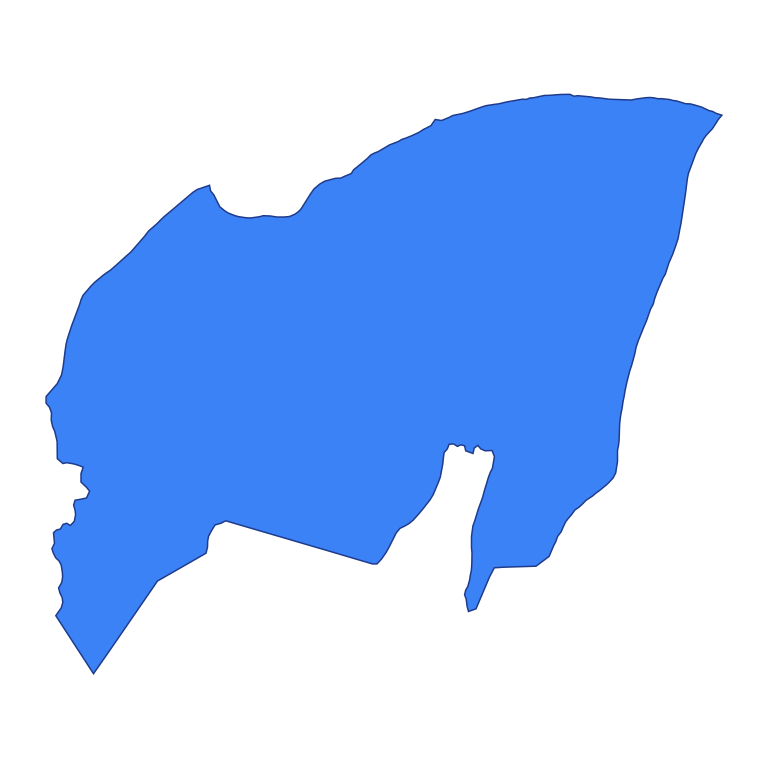 the district of Limoeiro do Ajuru, Pará, Brazil
{"feature_id": "56859067B66751862991607", "entity_name": "Limoeiro do Ajuru", "entity_type": "district", "adm_level": 2, "iso_a3": "BRA", "parent_name": "Brazil", "parent_adm1": "Pará", "projection": "equal_earth", "projection_center": [-49.456, -1.886], "detail": "fine", "context": "isolated", "style": "filled", "palette": "blue", "viewbox_px": 768, "rotation_deg": 0, "n_neighbors": 0, "source": "geoboundaries", "source_scale": "gbopen_adm2", "svg_char_len": 3615}
<svg xmlns="http://www.w3.org/2000/svg" viewBox="0 0 768 768"><path d="M549.1,556.4L553.6,545.8L555.7,541.8L557.6,536.4L561.2,531.7L563.4,526.5L565.7,521.7L568.2,518.5L571.4,514.8L575.0,509.9L579.1,507.1L582.6,503.9L585.9,500.4L592.7,495.9L595.8,493.2L599.3,490.7L606.6,484.7L609.4,482.0L613.2,477.8L615.7,472.9L617.5,461.3L617.5,450.5L618.5,445.4L619.1,440.4L619.6,425.0L620.1,419.5L620.9,413.9L622.0,408.7L623.1,401.2L624.1,396.5L625.2,390.0L626.9,382.1L629.9,370.4L631.5,365.8L634.7,354.1L636.2,346.9L638.5,340.2L644.2,326.1L646.3,321.3L650.5,309.2L653.3,304.0L654.6,298.8L656.9,292.4L663.0,278.0L665.3,274.2L668.9,262.9L672.6,254.5L676.1,244.7L678.1,238.5L679.8,229.2L681.0,223.4L684.0,203.6L685.3,195.0L687.3,179.0L688.4,173.5L695.8,153.5L698.8,147.5L701.7,142.6L703.7,138.8L706.3,135.2L712.4,128.7L718.3,119.5L721.9,115.2L716.0,113.3L712.5,111.4L709.0,110.6L701.7,107.1L694.2,104.9L690.3,103.9L685.5,103.7L676.5,100.9L673.1,100.5L669.5,99.5L661.7,98.7L657.9,98.7L653.6,97.8L650.0,97.5L645.9,97.7L636.9,98.9L631.0,100.0L609.1,99.2L600.3,98.0L595.1,97.7L590.9,96.9L577.8,95.7L574.0,96.2L569.7,94.3L560.2,94.5L548.3,95.4L544.7,95.4L533.2,97.8L529.8,98.0L526.3,99.4L522.4,99.2L506.9,101.9L498.9,103.8L494.2,104.4L485.9,105.7L480.6,107.4L469.4,111.4L462.6,113.5L452.8,115.5L448.9,117.5L441.6,120.5L435.2,119.5L430.9,125.7L423.0,129.7L419.3,132.2L412.0,135.6L405.3,138.3L401.8,139.4L398.2,141.6L389.7,144.8L381.7,149.5L378.3,151.6L374.8,152.9L370.7,155.0L367.6,158.2L361.1,163.7L353.6,169.8L351.3,173.5L344.6,176.3L340.7,178.1L335.6,178.3L330.5,179.6L324.7,181.2L320.1,183.8L314.2,188.7L310.5,193.9L301.3,208.6L298.5,211.6L294.9,214.2L289.6,216.5L284.3,217.0L276.7,217.0L270.4,216.0L263.2,215.7L259.7,216.7L250.5,218.0L246.5,217.8L238.7,216.7L235.1,215.7L228.1,213.0L224.6,210.7L219.8,206.8L213.9,195.0L210.6,190.9L209.5,185.3L197.2,189.5L192.7,192.5L177.6,205.3L174.7,207.8L164.4,216.4L160.9,219.7L157.0,223.7L148.7,230.9L144.3,236.6L130.7,252.2L126.1,256.2L114.9,266.3L110.3,270.3L106.6,272.7L103.1,275.3L94.8,282.2L91.3,285.7L83.2,295.1L81.2,299.3L79.7,304.2L71.4,326.4L67.2,339.4L66.1,344.2L65.2,350.1L63.1,367.1L61.5,375.0L57.3,383.6L54.7,386.6L46.1,396.5L46.1,403.2L49.4,407.1L51.5,412.9L51.2,420.1L52.7,426.8L54.7,431.2L57.1,441.4L57.3,458.7L62.9,463.5L66.9,462.7L74.2,464.0L79.5,465.7L83.2,467.2L81.0,473.6L81.0,482.1L86.7,487.5L89.6,491.2L86.5,498.0L80.8,499.2L75.1,500.2L73.6,505.1L75.0,509.9L75.6,514.5L74.3,521.3L70.3,525.5L66.7,523.3L63.0,524.4L60.4,529.0L56.5,530.0L53.5,532.7L54.5,543.3L51.9,548.7L53.3,553.0L55.8,557.9L59.1,561.0L61.2,565.1L62.4,572.6L62.6,577.3L61.7,582.5L58.6,587.9L59.9,592.9L62.2,597.6L62.8,602.5L61.3,607.7L55.8,615.7L93.5,673.7L109.6,650.6L157.5,581.0L184.4,565.6L206.0,553.2L207.5,547.2L207.7,540.8L208.6,536.1L211.9,530.0L215.1,524.9L221.2,523.2L225.7,520.8L306.5,544.5L324.7,549.8L372.3,563.9L377.0,563.9L381.4,559.2L386.2,552.3L389.6,546.1L396.1,533.1L399.9,528.4L404.8,526.0L408.8,523.7L413.1,520.2L419.1,513.5L422.6,509.3L430.0,499.9L433.3,494.4L438.3,482.5L440.3,477.1L442.8,463.8L443.3,458.6L444.1,452.6L447.3,448.9L449.1,444.3L453.6,443.9L457.4,446.4L460.9,444.8L464.6,445.8L465.7,450.8L473.0,453.5L474.2,448.1L477.8,445.4L480.8,448.9L485.1,450.8L492.0,450.5L494.4,456.5L493.5,462.0L492.4,468.2L490.4,472.1L488.4,477.4L484.1,491.7L482.6,497.4L478.4,508.9L474.9,520.3L472.9,526.0L471.5,536.4L471.5,547.8L472.0,553.0L471.8,564.2L471.4,570.1L470.3,575.4L469.6,580.0L467.9,586.2L465.7,590.1L464.6,594.7L466.2,599.3L467.1,606.3L468.5,611.5L476.0,608.8L489.5,577.0L494.3,567.8L503.4,567.2L536.0,566.2L549.1,556.4Z" fill="#3b82f6" stroke="#1e3a8a" stroke-width="1.5"/></svg>